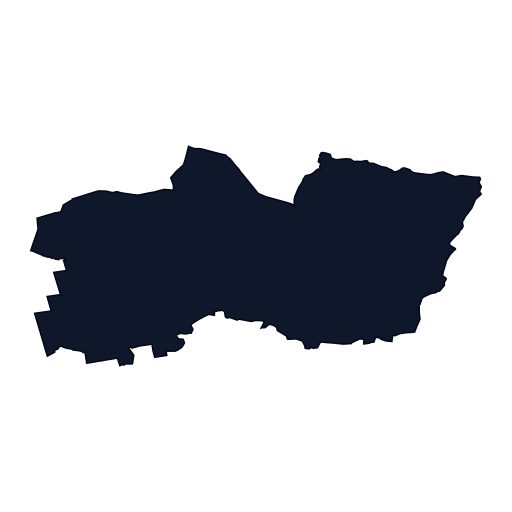 the district of Jaunlutriņu pag., Saldus, Latvia
{"feature_id": "27541924B81065833058095", "entity_name": "Jaunlutriņu pag.", "entity_type": "district", "adm_level": 2, "iso_a3": "LVA", "parent_name": "Latvia", "parent_adm1": "Saldus", "projection": "robinson", "projection_center": [22.356, 56.804], "detail": "fine", "context": "isolated", "style": "filled", "palette": "ink", "viewbox_px": 512, "rotation_deg": 0, "n_neighbors": 0, "source": "geoboundaries", "source_scale": "gbopen_adm2", "svg_char_len": 5860}
<svg xmlns="http://www.w3.org/2000/svg" viewBox="0 0 512 512"><path d="M230.1,158.8L226.6,156.2L225.8,155.1L223.0,154.4L222.8,154.5L210.1,151.2L201.4,148.9L199.1,148.6L194.6,148.6L191.5,147.6L188.5,146.3L186.9,153.1L186.0,156.5L183.8,163.8L183.2,165.1L176.0,171.6L170.7,177.8L171.5,179.9L173.5,185.7L173.3,190.2L164.3,189.4L158.9,190.7L154.1,192.1L150.1,192.7L139.6,194.8L138.1,195.1L133.1,194.6L123.7,193.2L121.1,192.8L116.9,191.6L112.2,192.7L111.8,192.4L111.7,192.5L106.3,191.1L98.2,190.9L72.3,199.0L72.5,199.6L63.3,205.0L61.1,211.1L60.1,212.1L59.7,212.1L57.2,212.6L54.4,212.9L53.6,213.3L50.5,214.2L50.4,214.2L46.4,215.4L37.1,218.2L37.6,224.4L38.1,229.0L30.7,250.6L32.8,251.2L43.5,255.7L43.5,255.8L43.7,255.6L43.9,255.5L44.3,255.8L45.1,255.8L45.4,256.5L46.1,256.6L46.4,256.8L46.6,256.8L46.8,256.6L47.0,256.7L47.4,257.1L48.2,256.8L48.4,257.1L48.6,257.2L49.3,256.7L49.6,256.5L49.8,256.6L49.9,257.2L50.2,257.5L50.7,257.8L51.6,257.9L51.8,258.2L52.1,258.3L52.5,258.4L52.5,257.9L52.9,257.5L53.1,257.5L54.0,257.8L54.2,258.1L54.7,258.7L54.9,259.1L55.1,259.2L56.1,258.8L56.6,259.3L57.1,259.1L57.4,259.3L57.5,259.5L58.2,259.6L58.0,259.1L59.0,259.2L59.9,258.5L60.5,258.6L60.9,258.4L61.2,258.5L61.5,258.7L61.9,258.6L62.4,258.2L63.2,258.0L63.5,258.1L64.4,258.7L64.4,259.0L64.5,259.2L65.7,259.0L65.9,259.0L66.0,260.2L63.5,260.3L66.5,270.5L53.7,272.4L60.5,294.6L47.1,296.5L51.2,311.0L34.6,313.3L43.1,341.9L47.3,356.2L54.7,352.2L54.8,350.0L57.8,349.1L58.5,347.5L60.6,346.1L61.8,346.5L65.1,347.8L67.2,348.3L71.8,349.1L72.9,350.0L80.1,350.9L83.2,352.0L83.1,352.5L86.0,353.0L85.3,354.1L85.8,357.8L86.2,359.7L86.7,363.2L89.6,362.8L99.9,361.0L102.0,360.8L104.2,360.3L117.4,358.1L119.8,365.7L123.3,364.4L123.9,365.1L126.0,363.9L132.2,363.9L132.5,363.7L133.3,358.3L133.4,358.1L133.8,355.3L128.3,347.7L131.6,347.2L131.9,348.1L140.0,345.9L152.0,344.2L152.2,345.5L153.0,350.9L154.7,357.3L166.8,355.4L166.1,351.2L175.0,351.2L176.7,350.5L177.7,350.1L179.1,349.1L181.4,347.7L182.4,346.5L184.5,343.0L183.2,339.3L178.7,338.9L175.8,335.3L179.4,333.7L181.0,333.4L185.4,334.0L187.9,333.6L190.2,333.0L191.2,333.2L191.3,333.0L192.0,331.4L193.0,329.3L192.0,327.3L191.9,327.3L190.8,325.5L192.2,323.6L198.8,319.4L205.1,316.1L208.7,314.4L214.4,315.3L214.5,312.8L214.6,312.2L214.6,311.4L217.2,311.1L217.9,310.8L220.2,310.4L220.3,310.6L222.7,310.3L223.6,311.0L224.3,311.7L224.6,312.1L224.8,312.9L225.1,315.7L225.3,316.5L225.6,317.1L226.6,317.7L227.4,318.0L229.3,317.5L230.4,317.7L237.2,320.1L239.7,318.8L240.5,319.0L240.3,319.4L251.5,321.5L254.8,320.6L260.4,320.6L264.6,321.3L261.1,328.0L261.7,327.8L265.0,327.6L265.4,327.5L268.3,325.0L269.2,324.4L269.5,324.4L269.9,324.4L273.3,325.3L276.6,327.4L276.9,328.5L277.3,330.3L277.6,330.7L286.4,336.0L286.7,336.6L287.3,338.9L287.8,339.2L288.2,339.3L296.0,338.9L302.3,341.1L304.7,345.7L305.1,347.9L305.2,348.1L305.3,348.4L305.7,348.5L309.1,348.8L309.4,348.7L310.9,347.8L311.8,347.5L312.2,347.6L313.2,348.3L313.6,348.3L315.4,347.9L316.9,347.8L317.3,347.9L320.6,341.9L322.1,342.1L327.1,342.6L332.8,343.0L343.1,344.1L351.3,343.6L351.8,342.7L359.6,339.0L362.8,339.1L363.8,339.2L363.8,343.3L363.7,343.9L364.8,343.9L365.0,343.7L366.4,343.6L366.7,343.7L368.1,343.3L369.2,343.2L369.5,343.1L369.7,342.9L371.6,342.3L374.0,342.0L375.2,338.2L374.8,338.2L375.8,337.5L376.9,337.5L379.3,337.7L379.3,337.8L381.2,339.3L385.8,340.9L391.9,341.5L391.9,341.1L392.3,338.8L392.5,336.3L392.9,335.4L395.1,335.7L400.0,333.6L405.7,332.8L412.8,332.3L414.7,332.0L416.7,326.6L418.4,322.8L419.8,319.7L420.0,319.2L419.2,312.0L419.3,304.7L420.0,304.4L422.1,298.1L424.3,296.6L430.1,293.9L433.4,293.0L435.2,292.9L437.7,291.4L439.1,291.2L439.7,290.7L440.2,290.5L444.1,285.5L444.3,285.5L444.5,284.8L444.1,282.5L444.9,281.4L445.2,280.9L445.1,280.6L445.2,280.3L445.7,280.0L446.3,278.8L446.2,278.6L445.7,278.6L445.3,277.4L442.8,276.3L442.9,273.0L445.1,265.7L446.5,260.7L449.8,255.2L450.8,253.9L455.3,249.1L455.3,248.7L455.4,248.8L455.4,248.7L454.4,248.1L452.4,246.7L451.0,246.0L449.7,244.8L449.5,244.5L449.6,243.0L450.1,241.8L453.0,238.8L456.9,234.7L457.8,234.4L459.7,231.7L459.2,231.0L460.2,230.3L462.1,228.5L463.0,226.5L463.1,225.8L463.0,225.2L462.8,225.0L462.9,224.9L462.3,222.0L463.5,219.9L463.9,219.3L465.2,216.6L465.6,216.2L466.8,214.6L467.8,213.4L468.7,212.2L471.7,208.2L475.5,199.4L481.2,194.2L479.5,191.2L481.3,186.8L481.3,186.7L479.0,182.5L479.0,182.3L480.3,179.5L480.4,179.3L480.3,178.8L479.7,177.3L472.9,177.0L464.6,175.9L461.8,175.5L455.0,176.6L443.0,171.9L438.2,172.7L435.0,173.7L430.7,174.7L426.4,174.4L414.0,172.8L413.8,172.8L411.4,171.4L411.1,171.1L410.6,170.9L410.1,169.8L405.0,168.0L402.7,168.0L398.9,170.6L396.3,171.6L394.9,171.8L393.1,171.4L392.2,170.3L390.8,169.6L388.2,168.6L386.7,167.6L380.9,166.5L373.6,163.4L369.5,163.1L368.8,162.9L368.5,162.8L367.5,161.1L366.6,160.6L360.9,161.5L356.7,161.3L354.2,161.5L353.4,161.2L350.4,159.1L348.3,158.9L344.7,158.8L336.1,159.7L333.4,158.8L332.7,159.0L332.5,158.9L332.8,158.8L332.6,158.5L331.9,158.6L331.3,157.7L330.2,154.4L326.0,153.1L322.5,152.5L322.4,152.6L321.5,152.8L320.8,153.2L320.8,153.6L321.0,154.2L320.9,154.4L320.7,154.6L320.2,154.7L319.8,154.9L319.6,155.2L319.6,155.5L319.9,155.9L320.1,156.4L319.9,157.2L319.3,157.9L318.9,158.9L319.0,159.2L319.0,159.4L318.7,159.5L318.7,160.0L318.6,160.5L319.0,160.9L318.7,161.2L318.3,161.3L318.2,161.4L318.3,161.8L318.5,162.0L319.1,161.9L319.4,162.1L319.8,162.5L320.1,163.2L320.1,163.4L320.5,164.6L319.8,166.6L319.6,166.7L319.6,167.0L320.4,168.6L320.5,169.0L319.9,168.9L318.3,169.1L317.3,169.4L312.2,173.7L309.7,174.8L309.4,174.8L305.5,175.7L303.2,179.2L302.1,182.3L301.9,182.4L298.7,187.4L294.9,196.4L294.3,198.9L294.1,200.9L294.1,202.2L294.3,203.3L295.0,206.8L294.9,206.8L294.3,206.6L293.9,206.3L292.9,204.5L288.2,202.9L283.9,201.7L282.5,201.3L266.1,196.8L258.9,193.8L258.1,193.3L239.3,170.2L239.4,169.9L235.0,164.9L230.1,158.8Z" fill="#0f172a" stroke="#020617" stroke-width="1.5"/></svg>